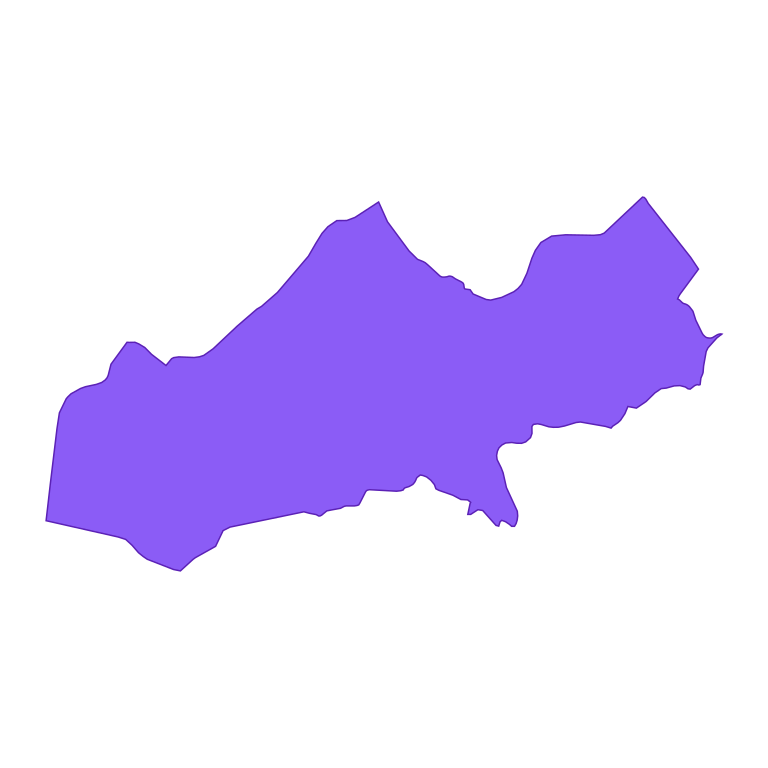 SVG path tracing the border of Matagalpa
{"feature_id": "NIC-666", "entity_name": "Matagalpa", "entity_type": "Department", "adm_level": 1, "iso_a3": "NIC", "parent_name": "Nicaragua", "parent_adm1": "", "projection": "albers", "projection_center": [-85.323, 12.952], "detail": "fine", "context": "isolated", "style": "filled", "palette": "violet", "viewbox_px": 768, "rotation_deg": 0, "n_neighbors": 0, "source": "natural_earth", "source_scale": "10m", "svg_char_len": 3097}
<svg xmlns="http://www.w3.org/2000/svg" viewBox="0 0 768 768"><path d="M467.8,514.4L470.1,503.5L470.7,502.3L467.6,499.9L460.9,499.5L452.8,495.2L438.8,490.3L435.9,488.8L434.4,484.6L430.9,480.3L426.6,476.9L422.9,475.5L420.3,475.0L417.1,477.4L416.5,478.3L415.8,480.1L414.8,482.0L413.5,483.7L412.7,484.5L410.8,485.6L408.9,486.6L405.6,487.6L404.5,488.1L403.8,488.9L403.3,489.9L400.9,490.7L396.6,491.2L369.4,489.7L368.1,490.0L366.9,490.4L366.1,491.1L365.5,492.0L359.9,503.0L358.7,504.9L357.0,505.5L354.5,505.9L346.3,505.9L344.3,506.3L340.5,508.3L331.8,509.9L326.8,510.9L321.6,515.2L319.9,516.0L318.7,516.0L316.2,514.6L309.5,513.3L303.9,511.8L230.0,527.1L223.1,530.6L215.6,546.3L195.3,557.7L193.0,559.4L180.4,570.9L173.5,569.5L147.3,559.3L143.2,556.5L138.5,552.7L132.1,545.3L125.7,539.4L118.2,537.0L46.1,520.7L50.5,482.4L55.7,439.3L57.0,428.5L59.4,412.8L66.2,398.8L67.7,397.0L71.0,393.8L80.5,388.5L85.5,386.7L96.3,384.4L101.7,382.5L105.2,380.0L107.1,377.7L108.2,375.3L111.0,364.2L127.0,342.3L129.2,342.4L135.0,342.3L138.8,343.9L144.9,347.6L151.5,354.3L166.0,365.5L171.6,358.7L173.7,357.6L178.8,356.9L194.2,357.5L199.5,356.8L203.8,355.4L213.1,348.8L237.2,326.1L256.9,309.1L261.5,306.4L277.4,292.5L308.4,256.2L315.8,243.4L322.0,233.4L328.0,226.6L336.8,220.6L346.8,220.5L355.0,217.4L378.6,202.0L387.5,221.8L409.1,251.0L417.5,259.3L423.2,261.6L425.2,262.7L427.5,264.6L439.7,275.8L440.6,276.4L441.7,276.9L442.9,277.1L444.2,277.1L446.8,276.8L449.1,276.1L450.6,276.2L452.3,276.7L455.5,278.9L461.4,281.9L462.9,282.9L463.7,284.3L464.3,288.2L465.0,289.0L470.1,289.7L473.1,294.0L486.2,299.5L490.7,300.1L501.7,297.4L513.9,291.7L518.0,288.5L521.7,284.3L526.9,273.3L531.9,258.2L535.4,250.3L540.9,242.5L551.6,236.1L565.7,234.8L593.8,235.3L600.4,234.7L604.2,233.1L642.5,197.1L644.3,197.5L645.8,199.1L648.3,203.5L690.7,257.4L698.5,269.1L680.3,293.8L678.9,296.0L677.6,299.0L678.5,299.4L679.4,299.9L682.4,302.8L683.4,303.4L684.5,303.8L685.6,304.1L686.7,304.6L687.6,305.1L689.3,306.5L692.6,310.7L693.1,311.7L695.8,320.2L702.0,332.9L703.1,334.7L704.6,336.2L705.4,336.9L706.4,337.5L707.5,337.8L708.8,338.0L710.2,338.1L711.5,337.9L712.7,337.5L717.4,334.7L718.5,334.3L719.7,334.0L720.8,333.9L721.9,334.1L721.6,334.4L720.1,335.4L717.2,337.7L716.9,337.9L708.0,347.8L706.2,351.5L703.6,366.0L703.1,372.3L702.7,373.8L700.9,378.1L700.1,384.6L698.9,385.0L697.1,384.6L694.7,385.6L690.2,389.1L688.0,388.8L685.4,387.0L680.0,385.6L674.2,385.9L666.2,388.1L661.2,388.6L654.9,392.9L646.1,401.5L636.4,408.1L627.9,406.5L624.9,413.7L620.5,420.3L617.9,422.7L612.7,426.2L611.1,428.1L605.5,426.4L580.4,422.0L576.1,422.5L564.5,426.0L558.6,427.2L553.4,427.3L548.8,426.8L541.3,424.5L537.6,423.8L533.4,424.4L531.9,426.5L532.0,433.4L530.5,437.6L525.7,441.9L521.6,443.3L516.5,443.2L511.8,442.5L505.6,443.0L501.9,445.0L499.0,447.8L497.4,451.2L496.6,455.5L497.1,459.6L501.2,467.9L503.1,472.8L506.4,487.5L517.3,511.2L517.7,515.9L517.2,520.0L516.1,523.6L514.5,526.3L511.6,526.3L509.5,524.4L505.5,521.7L501.7,520.3L500.0,521.9L498.7,526.1L496.0,525.4L482.7,510.5L477.9,509.7L470.7,514.4L467.8,514.4Z" fill="#8b5cf6" stroke="#5b21b6" stroke-width="1.5"/></svg>